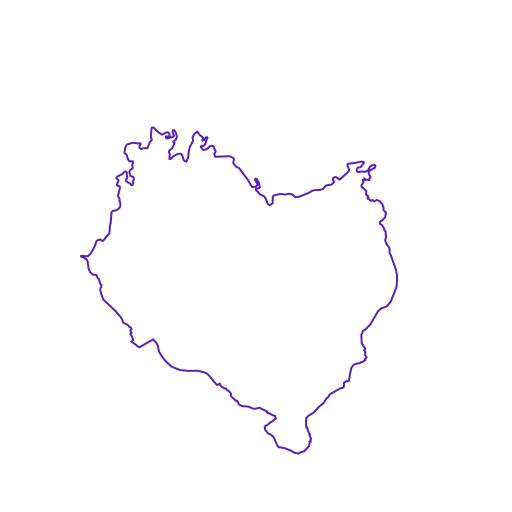 Ban Haet, Khon Kaen, Thailand (Albers equal-area conic projection), rotated 44°
{"feature_id": "78962969B76194280377642", "entity_name": "Ban Haet", "entity_type": "district", "adm_level": 2, "iso_a3": "THA", "parent_name": "Thailand", "parent_adm1": "Khon Kaen", "projection": "albers", "projection_center": [102.747, 16.218], "detail": "fine", "context": "isolated", "style": "outline", "palette": "violet", "viewbox_px": 512, "rotation_deg": 44, "n_neighbors": 0, "source": "geoboundaries", "source_scale": "gbopen_adm2", "svg_char_len": 6142}
<svg xmlns="http://www.w3.org/2000/svg" viewBox="0 0 512 512"><g transform="rotate(44 256 256)"><path d="M406.8,255.2L406.5,255.3L406.0,253.9L406.0,252.1L402.9,251.4L401.6,249.2L399.3,248.5L399.0,246.8L392.6,245.3L386.4,239.4L385.0,235.5L385.8,232.4L385.7,225.6L382.2,211.4L382.4,206.8L384.3,203.1L385.1,200.9L384.6,195.2L378.7,180.9L374.1,175.1L370.7,171.9L366.5,168.8L352.5,161.8L349.9,161.0L347.2,158.0L345.4,157.3L341.8,156.7L338.6,155.4L337.6,154.5L336.6,151.8L334.1,150.4L332.9,148.8L332.2,148.4L331.2,148.4L327.8,146.8L324.9,146.3L323.1,146.7L322.0,146.2L321.4,144.9L322.0,142.9L322.0,138.5L319.7,134.8L319.0,134.9L318.5,134.4L315.9,134.4L313.6,132.2L312.6,132.2L312.0,131.4L311.4,131.2L306.8,130.6L303.9,131.8L303.1,134.6L300.9,134.8L300.7,136.0L299.7,136.7L298.3,136.6L296.8,137.2L295.8,136.6L295.9,135.4L294.9,135.1L294.3,135.4L293.4,135.2L292.5,135.4L290.1,132.6L285.4,132.6L284.4,133.0L283.3,132.6L282.9,132.1L281.9,128.0L280.0,127.2L280.6,125.7L280.2,125.3L280.6,125.1L281.7,125.5L282.8,123.8L284.0,123.3L284.1,122.8L284.7,122.6L283.8,121.3L283.5,119.5L280.0,118.5L278.7,117.3L278.6,115.0L280.2,110.0L279.7,108.6L278.7,108.0L277.8,108.2L277.3,108.7L275.9,112.1L277.1,116.5L276.2,119.3L273.3,121.8L271.6,124.3L271.0,124.7L269.6,124.7L268.3,123.8L267.8,122.8L267.9,121.7L269.3,119.9L269.5,119.1L269.0,114.5L268.6,113.8L267.9,113.6L266.8,114.4L261.3,121.9L258.3,125.3L258.2,126.4L258.8,127.3L263.1,129.3L263.8,130.5L263.9,131.7L263.1,142.8L262.2,143.3L259.9,143.3L258.7,143.8L257.9,144.5L257.5,145.6L257.5,146.6L258.2,147.7L259.1,148.1L260.7,148.3L261.0,150.1L260.3,153.0L258.9,154.3L257.7,156.2L257.3,158.1L257.7,161.1L255.7,164.7L253.7,166.3L251.9,168.6L251.2,170.1L249.8,174.6L246.0,183.1L244.2,185.5L243.2,186.3L238.9,186.7L236.9,187.9L234.0,191.9L230.9,193.9L227.3,199.0L226.8,200.5L226.8,201.6L231.2,206.4L231.0,208.9L230.4,210.0L228.8,210.3L222.1,207.7L220.2,207.5L215.6,209.0L213.1,208.5L210.8,208.8L209.5,207.9L209.3,207.4L211.1,205.2L210.9,203.8L207.2,201.3L202.8,200.1L202.2,200.4L202.0,201.0L202.6,202.2L206.3,202.9L207.3,203.6L207.8,204.4L207.8,205.5L207.3,206.8L205.4,209.0L203.9,208.8L198.0,207.0L182.9,204.5L179.7,205.5L175.7,205.2L174.7,204.5L173.1,201.8L172.4,201.4L171.4,201.3L168.4,202.1L167.7,202.6L157.9,212.8L157.2,212.8L155.1,211.6L154.7,209.6L153.9,208.5L151.9,208.1L149.8,206.7L148.4,206.9L147.5,207.7L146.6,209.2L146.3,213.5L144.5,216.3L144.0,216.4L140.8,216.0L140.2,215.5L140.2,215.1L141.6,213.2L141.9,211.3L141.7,210.3L140.3,208.3L139.3,205.4L138.7,204.6L138.2,204.6L137.7,205.4L137.6,207.5L138.0,208.9L137.4,209.9L136.5,209.5L136.2,208.0L135.7,207.6L131.1,208.0L127.5,207.3L127.2,207.8L126.9,210.9L127.6,213.9L128.0,214.8L130.7,216.9L132.5,223.1L135.0,227.4L138.7,232.2L140.2,235.8L140.2,236.6L139.2,237.1L137.5,237.3L133.2,234.9L131.5,234.6L130.6,234.9L129.3,236.3L128.2,238.7L127.3,241.6L127.1,245.6L126.6,246.1L126.1,246.2L123.1,242.5L121.5,241.8L120.5,240.8L120.7,237.0L120.4,235.2L119.1,231.6L118.8,231.3L117.5,231.4L117.0,231.0L117.5,228.0L116.8,226.1L115.8,224.9L113.3,223.3L110.5,222.4L109.3,222.5L108.9,223.5L110.0,225.0L113.4,226.4L113.6,226.9L113.0,229.0L110.3,233.3L109.0,233.6L108.1,232.8L108.2,232.4L110.4,230.6L110.5,229.5L109.6,228.8L107.3,228.0L106.4,228.5L105.3,230.0L104.6,233.2L103.6,234.2L97.3,235.0L93.8,234.7L92.9,235.0L92.0,235.8L92.2,236.7L96.9,242.6L100.5,245.1L100.4,247.5L102.8,253.3L102.8,254.2L101.0,255.7L98.8,258.8L98.0,259.2L97.3,259.1L96.2,258.4L95.6,257.4L95.2,255.5L94.1,255.5L92.7,257.3L90.2,258.8L88.6,260.3L85.8,265.3L85.7,266.3L87.2,269.7L89.7,273.2L92.5,273.1L97.1,275.4L98.6,275.8L100.2,275.3L100.8,274.0L101.4,273.6L102.3,273.6L103.8,276.6L106.3,278.3L106.4,279.1L105.7,281.7L106.4,283.5L110.2,285.7L112.5,284.4L113.4,284.6L114.6,285.5L115.5,287.2L117.6,289.7L117.7,291.0L117.0,291.6L114.4,291.4L112.1,292.2L110.1,292.2L109.3,291.3L109.3,289.6L109.0,289.0L106.8,287.5L105.3,285.8L103.9,285.6L103.2,286.1L102.7,287.0L103.1,289.4L101.2,294.7L101.1,296.2L101.8,297.1L104.0,296.9L104.8,297.3L106.2,301.3L106.7,301.8L107.4,301.7L109.2,300.6L110.5,301.0L115.1,308.9L117.7,309.5L119.2,310.6L119.6,311.5L121.1,311.7L123.3,313.9L124.1,315.3L124.3,316.3L124.2,318.7L123.8,319.9L121.6,323.3L121.6,324.8L128.8,333.5L129.8,335.5L134.5,341.2L134.9,342.9L134.8,346.4L135.5,349.2L135.3,351.0L135.1,352.0L132.8,352.1L131.1,354.6L130.8,355.7L133.7,362.3L135.4,369.2L135.3,372.9L129.6,378.0L134.8,376.4L136.6,376.2L138.1,376.6L139.5,377.5L144.0,381.2L148.1,382.9L151.9,382.6L153.9,380.7L154.7,380.6L157.1,381.8L159.1,381.8L162.7,383.9L163.8,384.2L164.8,384.1L166.1,385.8L166.3,386.8L167.6,388.7L170.6,390.6L176.4,393.4L192.7,393.2L201.6,394.0L204.6,394.9L205.5,395.8L207.0,396.2L210.7,394.9L212.5,394.7L214.0,395.0L215.1,394.5L216.0,394.5L217.3,395.3L217.1,396.3L217.5,396.8L219.8,397.8L219.7,399.0L220.1,399.3L226.0,401.5L226.0,404.0L233.7,403.1L235.6,402.6L239.9,387.5L243.8,387.6L245.9,388.1L248.2,389.0L252.4,392.1L256.6,393.2L263.0,394.4L271.4,394.3L275.4,393.0L280.4,390.9L287.7,385.2L294.0,378.8L300.4,375.3L303.2,374.6L305.5,374.6L313.8,375.7L317.6,375.8L318.4,374.2L318.3,373.3L318.6,373.0L319.3,373.5L321.6,374.0L326.1,372.8L326.7,372.2L328.2,372.6L329.6,372.1L332.8,372.2L334.1,372.8L334.9,373.9L335.5,374.2L341.1,374.1L341.7,374.4L342.3,373.5L343.1,373.6L343.6,373.2L346.3,374.5L348.5,374.3L350.9,373.2L355.0,369.7L360.0,367.8L361.2,366.9L364.0,362.7L372.0,360.2L372.4,361.0L375.6,359.7L378.6,359.0L380.2,358.0L381.1,357.9L383.1,359.1L382.4,364.6L381.8,366.0L381.7,368.7L380.8,371.6L381.0,372.9L383.0,374.5L387.9,375.3L390.7,374.2L393.6,374.0L395.2,374.3L402.5,377.3L405.0,377.9L406.3,376.8L410.7,374.1L416.4,371.8L420.3,370.8L423.8,368.6L424.0,367.1L426.2,363.4L426.3,355.9L424.5,353.4L423.4,352.4L424.3,351.5L422.4,349.7L422.5,349.2L418.8,347.6L419.0,347.2L414.6,345.5L411.4,343.7L411.2,344.2L409.3,342.8L404.8,337.8L404.7,334.4L406.3,328.4L406.0,321.5L406.6,315.7L406.9,315.1L405.7,310.2L405.9,306.8L405.4,305.7L405.3,303.6L408.6,292.8L410.3,289.8L408.9,287.6L407.5,286.5L407.4,286.1L407.9,283.5L409.5,281.8L409.4,281.2L402.4,270.6L401.8,267.5L402.5,264.5L404.9,261.3L405.2,259.8L406.2,258.1L406.8,255.2Z" fill="none" stroke="#5b21b6" stroke-width="2"/></g></svg>